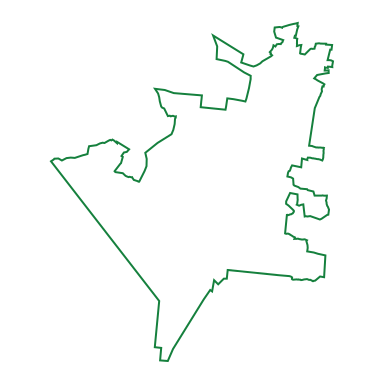 Oxkutzcab, Yucatán, Mexico
{"feature_id": "50627088B96232623294583", "entity_name": "Oxkutzcab", "entity_type": "district", "adm_level": 2, "iso_a3": "MEX", "parent_name": "Mexico", "parent_adm1": "Yucatán", "projection": "orthographic", "projection_center": [-89.442, 20.14], "detail": "fine", "context": "isolated", "style": "outline", "palette": "green", "viewbox_px": 384, "rotation_deg": 0, "n_neighbors": 0, "source": "geoboundaries", "source_scale": "gbopen_adm2", "svg_char_len": 5852}
<svg xmlns="http://www.w3.org/2000/svg" viewBox="0 0 384 384"><path d="M167.8,361.0L173.0,349.0L203.8,299.3L210.2,290.0L212.1,291.4L214.1,280.2L218.2,284.3L223.8,278.7L226.8,278.7L227.7,270.0L278.7,275.2L289.3,276.1L290.1,276.3L291.1,276.7L291.5,277.0L291.8,277.2L292.1,277.4L291.9,279.0L292.3,279.4L293.1,279.7L296.6,279.4L297.3,279.6L298.2,279.4L298.5,279.6L300.4,279.7L301.0,280.1L302.5,279.9L304.2,279.4L304.6,279.4L307.0,279.1L309.1,279.9L310.3,279.8L312.1,280.7L312.5,281.1L313.4,281.1L313.6,280.9L315.2,280.6L320.1,276.5L324.1,277.2L325.4,255.4L318.0,253.8L313.8,252.5L307.2,251.4L307.7,247.9L307.5,245.1L306.4,241.2L307.0,240.3L304.9,239.4L304.7,239.3L304.2,239.3L303.7,239.4L303.3,239.5L301.6,239.5L299.6,239.1L299.2,239.1L298.2,238.7L297.9,238.7L297.6,238.7L297.0,238.8L296.7,238.8L296.1,238.9L295.2,238.8L294.4,238.9L294.7,238.0L294.9,237.4L294.5,237.2L294.1,237.0L293.5,236.8L293.0,236.5L291.9,235.7L291.5,235.5L290.7,235.0L290.4,234.9L290.2,234.8L289.9,234.4L289.5,234.2L289.2,234.1L288.4,233.7L287.9,233.6L287.7,233.6L286.3,233.8L286.1,233.8L286.0,233.7L285.4,233.5L285.1,233.4L286.9,214.9L287.4,214.8L287.6,214.9L287.9,215.2L288.3,215.1L288.9,214.9L289.2,214.8L289.5,214.7L290.3,214.3L291.1,214.3L291.7,213.9L291.9,213.8L292.6,213.5L293.0,213.1L293.2,212.5L293.4,212.4L293.6,212.2L293.8,211.8L293.9,211.4L293.9,211.2L293.9,210.9L293.5,210.3L292.5,209.3L288.6,205.6L286.1,203.8L286.2,201.3L290.1,193.0L297.5,194.4L297.6,198.7L297.7,199.8L297.1,204.3L296.8,204.7L299.1,205.7L301.2,204.8L303.3,204.4L304.7,216.5L305.8,216.2L307.3,216.5L310.2,216.1L319.9,219.5L321.5,218.8L327.2,214.9L328.3,214.7L329.0,209.6L327.8,206.6L327.3,206.0L326.6,203.9L326.6,202.7L326.0,200.5L326.6,198.6L326.9,195.6L324.1,195.7L322.5,195.4L321.8,195.6L320.6,195.6L314.6,195.6L313.4,191.5L307.7,190.1L307.1,189.2L301.4,188.7L300.4,188.6L298.4,187.1L294.4,185.6L293.5,184.7L293.5,183.9L293.1,178.6L291.3,177.5L290.8,177.3L287.4,176.5L288.0,172.9L288.7,171.2L289.7,170.9L290.2,169.9L291.0,167.4L292.1,165.4L301.2,167.3L302.0,158.5L305.8,159.6L307.3,160.0L307.2,159.1L307.9,157.6L308.9,157.7L309.3,157.7L310.2,157.7L311.0,157.9L311.5,158.1L312.0,158.2L312.3,158.3L312.7,158.3L313.2,158.3L313.4,158.3L313.9,158.5L314.7,158.6L315.0,158.6L315.4,158.7L317.2,159.1L317.6,159.1L318.3,159.1L319.2,159.4L319.9,159.5L320.2,159.6L320.8,159.9L321.3,160.1L321.7,160.3L322.3,160.5L322.5,160.0L322.7,159.6L322.9,159.1L323.2,157.9L323.3,157.2L323.3,156.8L323.3,155.8L323.4,155.1L323.4,154.3L323.6,153.4L323.6,152.5L323.6,151.9L323.5,151.4L323.5,150.8L323.6,150.1L323.8,149.1L323.7,148.5L323.8,148.2L323.9,147.9L323.5,147.8L323.1,147.7L322.8,147.8L322.5,147.8L322.3,147.8L321.6,147.7L320.2,147.5L319.9,147.5L318.9,147.5L318.6,147.6L318.3,147.5L317.7,147.5L317.3,147.4L316.8,147.5L316.4,147.4L315.9,147.4L315.6,147.3L314.8,147.0L313.2,146.5L312.4,146.1L311.9,146.0L311.1,145.9L309.1,145.7L314.8,108.1L315.5,106.5L319.4,97.0L320.3,95.8L320.6,94.4L322.0,91.3L321.7,89.7L321.7,89.3L321.8,88.6L321.9,88.1L322.2,87.6L322.3,86.8L322.5,86.3L323.6,86.5L323.8,85.5L324.0,85.0L324.4,84.3L322.9,83.3L317.5,80.4L315.6,79.1L315.3,79.0L314.7,78.7L314.2,78.4L317.1,75.0L325.6,73.4L328.7,73.0L328.6,70.3L326.5,70.5L324.7,70.5L324.8,69.5L325.0,68.3L325.0,67.4L325.7,67.6L326.2,67.7L326.8,67.7L327.3,67.8L327.8,67.9L328.0,66.6L330.2,66.8L332.3,67.1L332.2,65.7L332.3,65.3L332.5,64.2L332.8,62.5L333.0,61.3L331.2,60.4L329.5,60.1L327.6,60.1L330.2,49.6L331.5,49.7L332.1,45.0L326.0,44.6L326.1,43.7L320.7,43.6L319.0,43.3L315.8,43.7L315.6,44.4L315.6,45.0L315.5,45.7L315.2,46.2L314.9,46.5L314.8,47.1L314.7,47.9L314.5,48.7L313.3,48.8L312.7,48.9L311.5,48.7L310.9,48.8L310.5,48.9L308.7,50.6L304.8,54.5L303.0,54.1L300.6,53.7L300.1,53.4L300.1,53.1L300.4,50.8L300.5,49.7L300.5,49.8L300.8,47.4L301.1,45.9L301.3,45.0L300.4,45.1L299.5,45.2L298.0,45.6L297.3,46.0L296.9,46.1L297.0,45.0L297.0,43.4L296.9,43.2L297.0,42.6L297.0,40.2L297.1,39.7L297.3,38.8L296.7,38.5L295.8,38.1L295.3,38.0L294.3,37.8L294.9,35.7L295.8,35.8L296.5,32.6L297.1,29.9L297.5,28.6L298.4,26.3L297.4,26.1L297.4,25.0L297.6,23.8L297.7,23.0L296.9,23.2L296.2,23.4L295.4,23.6L293.7,23.9L289.5,24.9L288.5,25.2L285.5,26.1L283.5,26.7L282.2,27.2L282.1,27.7L281.0,27.3L279.8,27.0L278.5,27.1L274.7,27.5L274.2,31.6L276.0,37.6L283.2,40.1L282.8,40.9L282.8,41.2L282.6,41.9L282.3,42.2L281.6,42.9L281.4,43.0L280.8,44.1L278.7,44.0L276.8,44.3L275.4,46.5L274.7,46.1L274.2,45.7L273.5,45.3L273.1,47.0L272.8,48.0L272.5,48.7L271.6,50.1L269.8,52.1L270.9,53.2L270.5,54.0L272.1,55.3L271.2,56.2L262.4,61.3L260.2,63.4L256.6,65.4L253.5,66.5L250.3,65.6L241.2,62.5L242.9,56.3L243.4,54.3L213.1,35.5L217.2,46.4L216.6,59.1L225.2,60.9L228.0,61.8L244.1,72.4L250.7,75.8L250.6,78.5L250.7,78.9L250.2,81.5L249.0,88.1L246.4,98.7L245.4,101.5L243.6,101.1L242.3,100.8L233.7,99.2L228.3,98.5L227.3,98.4L226.1,106.5L225.5,109.7L200.7,107.2L201.3,100.9L201.5,99.4L201.9,95.4L173.8,93.1L164.8,90.0L157.4,89.1L155.0,88.8L158.1,93.5L159.2,97.3L159.8,101.3L161.2,106.5L162.1,107.6L164.2,108.5L167.9,116.1L169.8,115.7L170.6,116.3L173.0,115.8L174.9,116.6L175.8,116.4L175.7,117.7L175.0,118.9L174.7,123.5L174.6,124.3L173.3,129.9L171.5,134.2L157.6,142.9L145.3,152.8L146.7,158.9L146.5,166.2L144.5,171.2L139.2,181.7L138.4,181.7L138.1,181.3L133.8,179.9L132.2,177.5L132.1,177.2L131.4,177.3L130.4,177.0L129.6,176.8L128.6,177.1L127.2,176.6L126.3,176.2L125.5,175.8L122.8,173.2L115.4,172.1L114.6,171.2L120.3,163.8L121.0,163.2L122.8,156.9L121.5,156.0L123.9,152.5L126.8,151.9L129.1,149.3L117.1,141.9L117.0,143.2L116.2,142.5L114.1,140.6L112.4,139.6L111.4,140.4L110.2,139.9L108.7,140.6L104.5,143.0L103.8,142.9L102.7,142.7L100.0,143.4L96.4,145.2L89.9,146.1L89.1,146.2L88.4,148.8L87.5,154.0L85.2,154.7L83.0,155.2L74.8,157.9L70.7,157.6L66.5,158.1L61.9,160.5L58.4,158.5L54.4,158.7L53.6,159.6L51.0,161.3L96.9,220.6L159.2,301.0L154.8,347.2L161.2,347.9L160.1,360.4L167.8,361.0Z" fill="none" stroke="#15803d" stroke-width="2"/></svg>